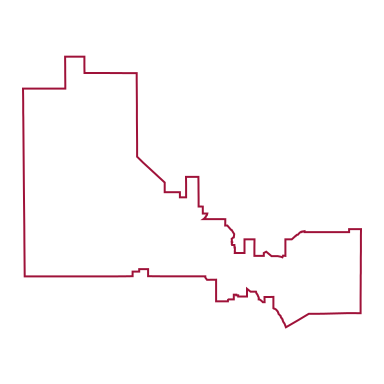 Central Desert, Northern Territory, Australia
{"feature_id": "25037944B81249572637263", "entity_name": "Central Desert", "entity_type": "district", "adm_level": 2, "iso_a3": "AUS", "parent_name": "Australia", "parent_adm1": "Northern Territory", "projection": "robinson", "projection_center": [134.79, -21.072], "detail": "fine", "context": "isolated", "style": "outline", "palette": "rose", "viewbox_px": 384, "rotation_deg": 0, "n_neighbors": 0, "source": "geoboundaries", "source_scale": "gbopen_adm2", "svg_char_len": 5023}
<svg xmlns="http://www.w3.org/2000/svg" viewBox="0 0 384 384"><path d="M361.0,229.1L349.1,229.1L349.1,232.1L336.1,232.1L331.3,232.1L324.3,232.1L312.6,232.1L304.5,232.1L304.5,231.3L304.5,231.2L304.1,231.3L303.9,231.3L303.5,231.3L303.1,231.3L302.9,231.4L302.4,231.6L302.2,231.6L302.0,231.8L301.9,231.9L301.8,232.0L301.7,231.9L301.3,231.7L300.1,232.4L299.9,232.6L299.6,232.9L299.4,233.1L299.1,233.3L298.7,233.8L298.3,234.2L298.1,234.5L297.9,234.7L297.6,234.8L297.2,234.8L296.9,234.8L296.2,235.4L296.0,235.6L295.8,235.7L295.8,235.8L295.6,235.9L295.5,236.1L295.4,236.1L295.0,236.4L294.9,236.5L294.4,237.0L294.0,237.3L293.2,238.1L292.7,238.5L292.3,238.9L291.8,239.3L285.4,239.3L285.4,243.3L285.4,255.9L283.1,255.6L282.4,257.3L281.1,256.8L277.6,256.1L273.5,256.1L271.5,256.1L266.2,251.7L263.8,253.0L263.8,254.1L263.8,255.9L258.1,255.9L254.4,255.9L254.4,252.1L254.4,250.5L254.4,250.4L254.4,247.5L254.5,239.3L253.5,239.3L244.5,239.3L244.5,252.1L244.5,253.0L241.9,253.0L234.8,253.0L234.9,252.4L235.1,252.2L234.8,251.9L234.8,251.5L234.8,251.2L234.8,250.9L234.8,250.6L234.9,250.2L234.9,249.9L234.9,249.5L234.9,248.8L234.9,247.5L234.5,247.5L234.4,245.0L233.8,245.0L231.5,245.0L231.2,245.0L231.3,245.0L231.6,244.7L231.8,244.0L231.8,243.6L232.1,242.9L232.3,242.4L232.3,242.1L232.1,242.0L231.9,241.9L231.6,241.8L231.9,240.3L231.8,239.8L231.7,238.8L232.5,238.2L233.0,237.6L233.8,237.4L234.2,234.1L231.6,229.9L231.0,229.8L227.3,225.5L225.2,225.5L225.3,219.2L222.2,219.1L219.4,219.1L219.1,219.1L215.4,219.1L203.5,219.1L204.2,218.6L205.1,217.5L205.5,217.3L205.7,217.1L205.8,216.4L206.5,215.6L207.0,214.8L207.3,213.5L204.6,213.5L203.3,213.5L203.1,213.5L202.8,213.5L202.8,206.6L200.3,206.5L198.6,206.5L198.6,198.3L198.5,188.6L198.5,185.5L198.4,176.9L197.8,176.9L186.0,176.9L186.1,184.3L186.1,189.7L186.1,197.3L179.9,197.3L179.9,192.2L176.5,192.2L164.7,192.2L164.7,189.2L164.7,182.5L155.7,174.2L146.7,165.9L143.1,162.6L137.1,156.7L137.1,145.5L137.1,143.5L137.0,130.8L136.9,118.0L136.9,106.3L136.9,105.2L136.8,92.4L136.7,79.7L136.7,73.1L125.1,73.1L122.5,73.1L103.8,73.0L90.2,73.0L85.2,73.0L84.5,73.0L84.4,66.7L84.4,56.7L76.7,56.7L72.8,56.7L65.1,56.7L65.2,67.2L65.2,69.4L65.2,72.1L65.3,84.9L65.3,88.6L39.5,88.6L34.7,88.6L31.6,88.6L31.4,88.6L23.0,88.6L23.1,94.6L23.2,103.1L23.2,106.9L23.2,111.6L23.2,112.7L23.3,117.2L23.9,188.8L24.0,198.9L24.3,226.4L24.4,242.9L24.7,276.4L41.0,276.4L62.7,276.4L73.7,276.4L84.7,276.4L87.8,276.4L99.7,276.4L105.2,276.4L111.0,276.4L117.1,276.4L120.7,276.3L126.1,276.3L132.6,276.2L132.6,271.6L133.1,271.6L139.2,271.6L139.2,269.1L148.1,269.1L148.1,276.2L160.0,276.3L162.6,276.3L163.4,276.3L167.4,276.3L173.2,276.3L175.4,276.3L186.7,276.3L193.4,276.3L196.8,276.3L201.5,276.3L203.0,276.3L205.3,276.3L205.3,277.5L207.0,279.8L216.1,279.7L216.1,279.8L216.1,286.2L216.1,286.8L216.1,289.2L216.1,301.3L223.4,301.3L224.6,301.3L227.9,301.3L227.9,300.7L228.0,300.1L228.0,299.9L228.6,299.4L233.8,299.4L233.8,298.1L233.8,294.7L236.3,294.7L236.3,295.3L238.2,295.3L238.2,295.8L238.2,296.5L238.6,296.5L239.7,296.5L240.0,296.5L244.2,296.5L247.0,296.5L247.0,296.3L247.0,288.8L250.6,291.7L253.5,291.7L256.0,291.7L256.1,292.0L256.2,292.5L256.3,292.8L256.4,293.2L256.5,293.5L257.2,294.2L257.3,294.4L257.5,294.7L257.6,295.0L257.7,295.4L257.9,295.7L258.1,296.3L258.3,296.6L258.4,296.8L258.5,297.1L258.7,297.4L258.7,299.4L259.5,299.4L259.6,299.5L260.3,300.0L260.6,300.2L260.8,300.3L261.1,300.5L261.3,300.7L261.5,300.9L262.2,301.5L262.8,302.2L263.1,302.2L264.6,302.2L264.5,297.0L268.7,297.0L269.3,297.0L273.4,296.9L273.4,308.3L273.5,308.4L273.7,308.5L274.0,308.5L274.3,308.6L274.6,308.7L274.8,308.8L275.0,309.0L275.5,309.2L275.7,309.3L275.8,309.5L276.2,309.7L276.4,309.9L276.5,310.0L276.8,310.4L276.9,310.5L277.1,310.8L277.2,311.0L277.4,311.1L277.7,311.4L277.8,311.5L277.9,311.9L277.9,312.0L278.0,312.4L278.2,312.7L278.3,312.8L278.3,313.0L278.4,313.3L278.5,313.4L278.5,313.5L278.5,313.8L278.7,314.1L278.9,314.3L279.1,314.5L279.5,314.8L279.8,315.1L280.0,315.4L280.0,315.5L280.3,315.7L280.5,315.8L280.7,316.1L280.8,316.3L280.8,316.8L280.8,317.0L281.1,317.6L281.2,317.8L281.4,317.9L281.8,318.2L281.9,318.3L282.0,318.5L282.1,319.0L282.3,319.2L282.6,319.4L282.6,319.5L282.6,320.0L282.7,320.4L282.7,320.5L282.8,320.7L282.9,320.8L282.9,321.0L283.1,321.3L283.2,321.6L283.4,321.9L283.4,322.0L283.5,322.1L283.6,322.4L283.7,322.5L283.9,322.8L284.1,323.0L284.3,323.2L284.5,323.7L284.7,324.0L284.8,324.3L285.0,324.9L285.1,325.2L285.3,325.5L285.5,326.2L285.6,326.3L285.6,326.5L285.7,326.8L285.8,326.9L285.8,327.1L285.9,327.3L287.8,326.2L298.3,320.1L308.8,313.8L317.5,313.8L324.8,313.7L336.8,313.4L348.8,313.1L360.4,313.2L360.6,313.2L360.6,304.0L360.6,298.0L360.7,282.6L360.7,280.0L360.7,278.2L360.7,276.9L360.7,276.3L360.7,275.4L360.8,273.1L360.8,272.5L360.8,270.0L360.8,268.2L360.8,267.2L360.8,266.8L360.8,266.2L360.8,265.6L360.8,265.4L360.8,264.9L360.8,264.3L360.8,258.7L360.8,257.4L360.9,251.7L360.9,249.2L360.9,248.6L360.9,247.7L360.9,246.7L360.9,246.1L360.9,244.7L360.9,235.4L361.0,229.7L361.0,229.1Z" fill="none" stroke="#9f1239" stroke-width="2"/></svg>